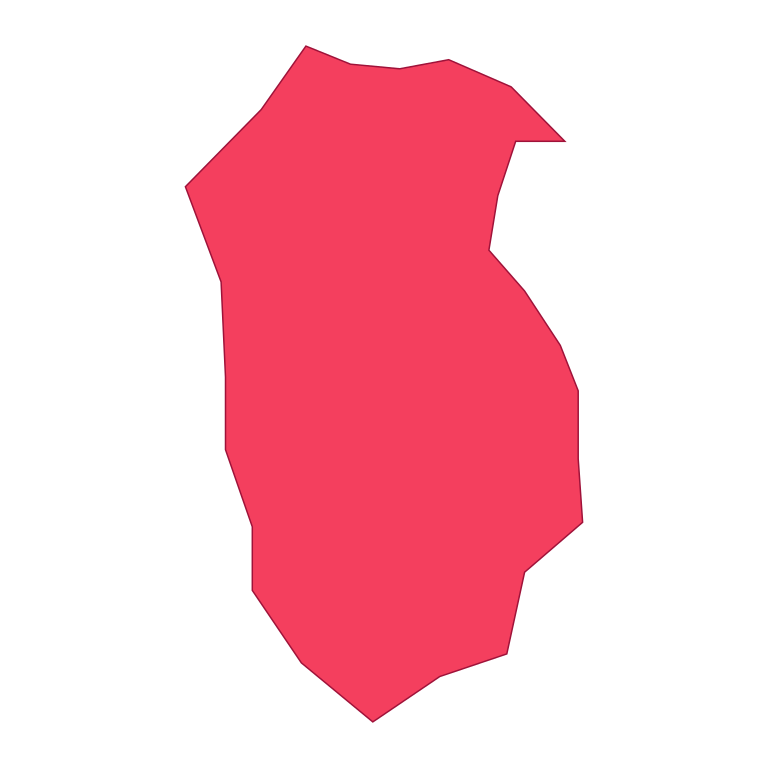 Agrokipia, Nicosia, Cyprus (Natural Earth projection)
{"feature_id": "46923920B48928942173959", "entity_name": "Agrokipia", "entity_type": "district", "adm_level": 2, "iso_a3": "CYP", "parent_name": "Cyprus", "parent_adm1": "Nicosia", "projection": "natural_earth1", "projection_center": [33.155, 35.046], "detail": "fine", "context": "isolated", "style": "filled", "palette": "rose", "viewbox_px": 768, "rotation_deg": 0, "n_neighbors": 0, "source": "geoboundaries", "source_scale": "gbopen_adm2", "svg_char_len": 451}
<svg xmlns="http://www.w3.org/2000/svg" viewBox="0 0 768 768"><path d="M582.6,522.3L578.2,458.8L578.2,390.8L560.3,345.4L524.6,291.0L488.9,250.2L497.8,195.7L515.7,141.3L564.8,141.3L511.2,86.9L448.7,59.7L399.6,68.8L350.5,64.2L305.9,46.1L261.2,109.6L185.4,186.7L221.1,281.9L225.5,377.1L225.5,449.7L252.3,526.8L252.3,590.4L301.4,662.9L372.8,721.9L439.8,676.5L506.8,653.9L524.6,572.2L582.6,522.3Z" fill="#f43f5e" stroke="#9f1239" stroke-width="1.5"/></svg>